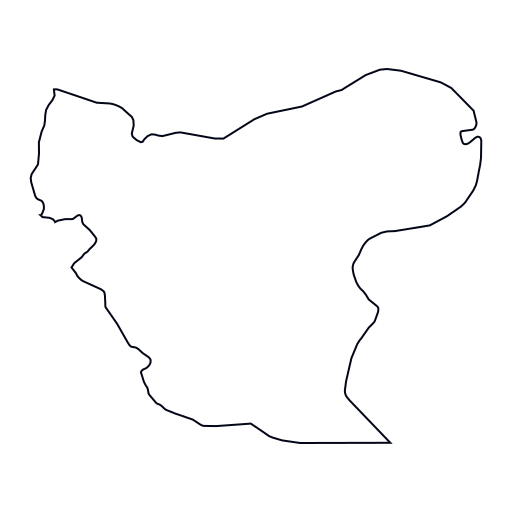 the Province of Aleppo
{"feature_id": "SYR-137", "entity_name": "Aleppo", "entity_type": "Province", "adm_level": 1, "iso_a3": "SYR", "parent_name": "Syria", "parent_adm1": "", "projection": "robinson", "projection_center": [37.495, 36.172], "detail": "fine", "context": "isolated", "style": "outline", "palette": "ink", "viewbox_px": 512, "rotation_deg": 0, "n_neighbors": 0, "source": "natural_earth", "source_scale": "10m", "svg_char_len": 3183}
<svg xmlns="http://www.w3.org/2000/svg" viewBox="0 0 512 512"><path d="M387.0,69.0L400.8,70.7L440.8,82.4L451.3,88.0L473.6,110.7L476.4,122.1L476.5,123.0L476.4,124.3L476.0,125.8L474.8,128.1L473.8,129.1L472.8,129.7L462.2,131.1L461.4,131.4L460.7,131.8L460.4,133.2L460.6,135.4L461.7,139.9L462.4,141.9L463.1,143.3L463.8,143.8L464.6,144.1L465.5,144.2L466.4,144.1L468.1,143.5L470.2,142.1L475.3,137.8L476.7,137.0L477.6,136.7L478.5,136.8L479.4,137.1L480.1,137.6L480.6,138.2L480.9,139.0L481.1,139.9L481.3,140.9L481.0,157.9L480.1,165.1L478.6,172.4L478.6,172.6L477.0,181.2L475.7,185.6L473.2,190.6L465.2,202.4L463.3,204.4L460.8,206.7L447.0,216.2L429.8,225.4L394.9,231.1L387.1,231.4L381.2,232.8L372.6,237.2L369.0,239.1L367.9,240.0L365.6,242.4L363.3,245.5L361.4,249.1L358.8,255.1L354.2,262.1L353.4,263.8L352.9,265.6L352.6,267.4L352.9,270.5L353.7,274.6L356.3,282.1L358.3,285.8L360.2,288.4L363.3,291.4L366.0,294.9L368.7,299.4L368.9,299.6L377.3,306.4L378.1,307.6L378.4,309.1L378.1,311.7L377.7,313.0L377.3,314.1L377.0,314.8L376.0,317.8L374.6,321.4L374.1,322.1L373.0,323.4L368.8,327.6L360.8,339.0L360.2,339.6L359.2,341.0L357.3,344.0L351.4,358.2L346.1,381.2L344.9,390.2L344.9,391.4L345.0,392.7L345.5,394.4L345.9,395.5L346.4,396.4L349.5,400.3L390.3,442.8L300.1,443.0L282.2,440.4L272.7,437.6L269.1,436.1L255.0,426.4L254.9,426.4L250.8,423.6L216.1,426.1L203.8,425.9L202.2,425.5L200.4,424.6L192.8,419.6L174.8,413.4L166.0,409.8L164.9,409.1L161.7,406.0L160.4,405.1L159.2,404.4L157.5,403.8L156.4,403.2L149.8,395.4L148.6,393.7L147.8,389.2L147.2,387.5L145.8,385.5L143.9,381.8L140.9,372.2L141.9,370.5L143.3,369.4L145.7,368.4L146.4,368.0L147.7,366.9L148.7,365.8L149.4,364.9L150.2,363.4L150.5,362.5L150.6,361.4L150.6,360.4L150.5,359.5L149.8,358.5L148.8,357.3L142.7,353.1L138.4,349.1L135.8,347.5L132.6,347.0L131.6,346.7L130.7,346.4L129.3,344.9L127.7,342.4L117.0,323.6L105.7,307.4L105.4,306.5L105.3,305.5L105.3,303.3L104.9,295.3L104.6,293.5L104.1,291.8L102.8,290.6L100.8,289.2L83.2,281.2L81.3,280.0L79.4,278.3L77.4,276.1L75.9,273.1L71.5,267.5L74.2,263.2L81.2,257.6L82.4,256.3L83.4,254.9L84.4,253.7L84.9,253.3L85.3,253.0L87.3,251.8L87.9,251.2L89.5,249.2L93.8,245.0L94.8,243.7L95.7,242.1L96.1,241.2L96.3,240.2L96.3,238.8L95.4,237.1L89.9,230.2L83.4,224.3L82.3,222.1L81.8,218.1L81.6,217.3L81.2,216.5L80.8,215.8L80.1,215.3L79.0,215.1L77.6,215.5L73.2,218.8L72.1,219.1L65.3,219.1L58.0,220.6L55.3,222.0L55.3,221.9L52.9,219.2L49.4,217.8L42.5,217.1L40.4,215.1L41.3,215.0L42.5,212.7L43.9,208.9L43.9,206.7L43.7,204.8L43.1,203.0L42.1,201.3L41.1,200.6L37.8,199.2L36.3,197.9L35.2,196.0L31.2,182.2L30.7,178.0L31.6,174.2L38.0,164.4L39.0,153.5L38.9,142.2L41.7,131.4L44.3,125.5L45.0,120.5L45.2,115.6L46.1,110.0L48.7,105.0L52.2,100.5L54.6,95.6L53.9,89.4L55.8,89.3L57.8,89.5L58.0,89.6L96.7,102.7L110.0,103.5L114.0,104.4L118.2,106.0L122.2,108.2L125.4,111.2L131.8,116.9L133.4,120.2L133.7,125.5L131.8,133.6L132.6,136.6L136.5,140.0L140.7,142.2L142.7,141.7L144.3,139.3L147.6,136.1L151.5,134.3L155.0,134.6L158.5,135.6L162.4,136.1L175.8,132.8L180.5,132.4L214.7,138.5L223.4,138.6L239.4,128.6L254.4,119.2L267.2,113.7L302.0,106.5L335.7,91.5L341.6,90.0L345.4,87.6L365.8,75.0L379.9,69.7L387.0,69.0Z" fill="none" stroke="#020617" stroke-width="2"/></svg>